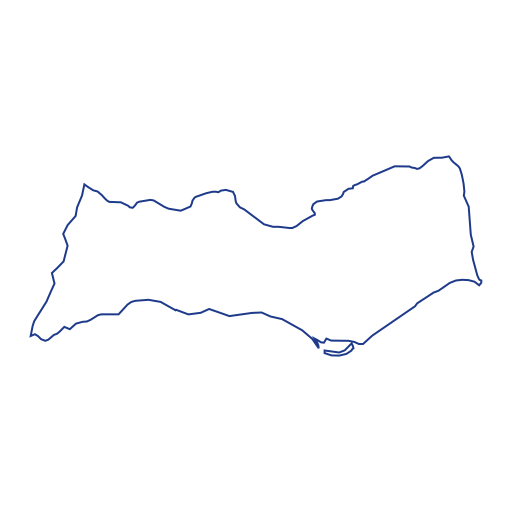 SVG path tracing the border of Faro
{"feature_id": "PRT-745", "entity_name": "Faro", "entity_type": "District", "adm_level": 1, "iso_a3": "PRT", "parent_name": "Portugal", "parent_adm1": "", "projection": "mercator", "projection_center": [-8.165, 37.247], "detail": "fine", "context": "isolated", "style": "outline", "palette": "blue", "viewbox_px": 512, "rotation_deg": 0, "n_neighbors": 0, "source": "natural_earth", "source_scale": "10m", "svg_char_len": 2396}
<svg xmlns="http://www.w3.org/2000/svg" viewBox="0 0 512 512"><path d="M449.0,156.4L451.4,160.0L453.5,162.3L458.4,166.3L459.9,168.5L461.9,175.1L463.6,183.8L464.4,191.6L463.8,195.6L468.7,206.7L470.8,234.8L473.6,246.5L471.7,251.9L473.1,259.9L477.3,275.4L478.1,277.1L478.7,278.6L479.5,279.8L481.3,280.5L481.3,282.7L479.2,285.3L474.5,281.7L468.5,280.1L462.0,279.8L455.9,280.5L449.8,282.9L438.4,290.8L433.7,292.5L417.2,303.3L415.0,306.3L372.3,335.6L363.0,344.0L358.9,344.0L354.5,342.0L348.6,340.8L331.2,340.6L326.4,338.6L323.9,342.7L320.9,342.3L317.3,340.0L314.6,338.6L317.4,343.0L318.3,345.2L318.7,348.3L312.3,338.9L302.2,330.3L282.1,319.1L270.5,316.5L261.6,312.5L252.1,312.9L229.4,316.1L219.8,312.7L209.1,309.0L200.7,312.8L188.4,314.4L176.1,309.8L175.6,310.3L160.6,301.9L148.5,299.8L135.4,300.8L131.2,302.0L127.5,304.6L118.6,314.3L101.3,314.3L97.9,315.2L90.6,319.8L86.9,321.5L82.7,321.8L76.0,323.6L69.8,329.2L64.3,326.9L59.2,332.0L56.9,333.8L53.9,334.9L48.3,339.7L45.3,340.8L41.1,339.2L38.0,336.1L34.9,334.2L30.7,336.0L32.6,326.1L34.2,321.2L35.5,319.1L46.5,301.6L50.7,291.9L54.5,283.5L51.9,273.0L57.0,268.2L63.6,261.4L67.6,245.7L65.4,239.5L63.2,233.9L67.7,225.0L75.6,216.0L77.1,207.4L82.0,195.6L84.4,184.4L87.7,186.8L93.2,190.3L97.6,191.5L102.0,195.3L104.5,198.1L107.1,200.6L109.3,201.9L120.8,202.3L128.2,205.8L129.8,207.3L132.6,207.8L134.1,206.5L135.6,204.7L137.0,202.7L139.3,201.7L150.2,199.9L153.6,200.4L164.4,206.9L168.6,208.7L180.7,210.7L185.7,208.6L190.5,206.5L191.9,203.2L192.5,200.6L194.3,198.0L195.4,197.0L206.3,193.2L212.3,191.8L215.5,191.7L218.4,192.2L221.0,190.6L225.9,189.9L233.0,191.9L235.0,196.0L235.7,201.1L236.4,203.3L239.9,207.3L244.2,209.4L264.0,224.3L273.0,226.8L278.6,226.8L289.2,228.0L292.2,228.0L296.5,226.1L302.9,221.0L312.7,215.6L314.8,214.8L314.8,213.2L312.6,210.3L311.8,208.8L312.3,206.5L313.4,204.1L317.1,201.5L326.3,200.1L330.1,200.1L337.9,198.7L341.6,196.4L343.0,194.1L343.7,192.0L348.5,188.8L352.8,188.3L353.2,185.9L354.9,185.0L357.2,184.3L362.3,181.6L364.1,181.5L365.7,180.3L367.6,179.2L372.6,175.7L394.7,166.3L409.5,166.5L411.2,167.4L415.1,168.1L416.9,168.9L419.4,168.4L422.5,166.1L428.1,161.0L433.8,157.8L442.0,157.7L449.0,156.4L449.0,156.4ZM324.6,350.5L339.2,352.5L344.8,350.3L351.6,343.4L352.2,344.5L352.7,345.6L353.5,348.3L351.9,349.5L351.6,350.5L346.4,353.9L339.2,355.6L331.5,355.4L324.6,353.1L324.6,350.5Z" fill="none" stroke="#1e3a8a" stroke-width="2"/></svg>